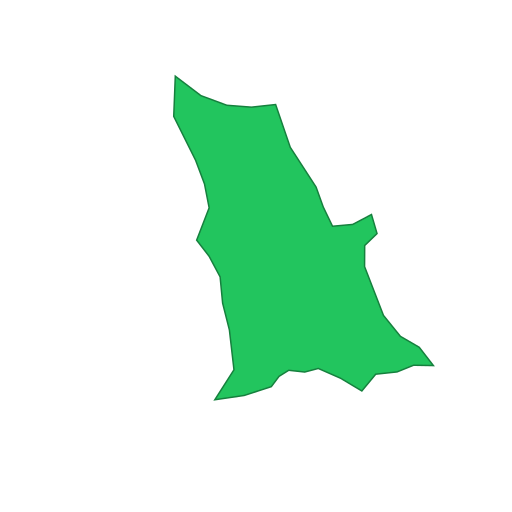 the County of Mbale, rotated 144°
{"feature_id": "UGA-3115", "entity_name": "Mbale", "entity_type": "County", "adm_level": 1, "iso_a3": "UGA", "parent_name": "Uganda", "parent_adm1": "", "projection": "equal_earth", "projection_center": [34.184, 1.003], "detail": "fine", "context": "isolated", "style": "filled", "palette": "green", "viewbox_px": 512, "rotation_deg": 144, "n_neighbors": 0, "source": "natural_earth", "source_scale": "10m", "svg_char_len": 657}
<svg xmlns="http://www.w3.org/2000/svg" viewBox="0 0 512 512"><g transform="rotate(144 256 256)"><path d="M187.8,133.0L186.4,106.1L177.6,86.2L176.9,63.1L192.7,75.0L210.0,79.3L228.6,90.0L249.7,84.6L259.5,107.5L271.7,128.4L284.8,133.5L296.7,144.3L308.1,145.1L320.4,141.3L347.5,150.1L373.8,163.9L340.7,176.9L321.0,211.8L310.7,237.5L297.3,260.2L294.1,283.3L294.7,303.7L265.6,322.5L255.3,344.6L248.6,368.9L240.5,417.3L215.6,448.9L206.3,418.1L191.0,395.1L172.2,379.1L151.1,367.0L164.4,323.8L166.9,276.4L172.8,256.1L176.6,235.1L159.2,224.7L138.2,221.7L144.9,203.0L161.9,200.6L174.4,183.6L187.8,133.0Z" fill="#22c55e" stroke="#15803d" stroke-width="1.5"/></g></svg>